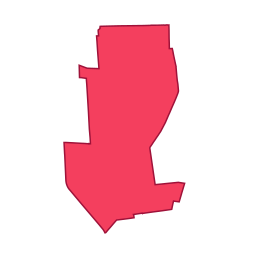 outline of Tudor Vladimirescu, Braila, Romania, rotated 96°
{"feature_id": "2599482B82586495154096", "entity_name": "Tudor Vladimirescu", "entity_type": "district", "adm_level": 2, "iso_a3": "ROU", "parent_name": "Romania", "parent_adm1": "Braila", "projection": "orthographic", "projection_center": [27.76, 45.232], "detail": "fine", "context": "isolated", "style": "filled", "palette": "rose", "viewbox_px": 256, "rotation_deg": 96, "n_neighbors": 0, "source": "geoboundaries", "source_scale": "gbopen_adm2", "svg_char_len": 1960}
<svg xmlns="http://www.w3.org/2000/svg" viewBox="0 0 256 256"><g transform="rotate(96 128 128)"><path d="M32.1,166.4L32.6,166.8L33.7,167.9L34.6,167.8L35.3,167.7L39.4,166.9L39.7,168.9L45.1,167.9L53.9,166.4L72.0,163.1L72.6,171.2L72.8,175.0L70.7,183.1L82.9,181.5L82.8,179.6L83.0,174.6L84.6,174.4L89.3,173.5L98.2,172.0L116.2,169.0L133.2,166.3L142.0,164.6L147.6,163.7L147.6,164.1L147.5,164.4L147.6,165.4L147.9,165.4L147.8,165.6L147.9,167.9L147.9,169.0L148.0,170.7L148.1,172.4L148.5,180.6L148.9,188.4L149.1,190.1L156.7,188.9L159.9,188.4L162.0,188.0L171.2,186.6L187.1,184.2L188.7,183.8L189.9,183.4L191.0,182.9L192.5,182.1L193.7,181.3L194.8,180.4L196.1,179.0L207.7,167.0L226.6,147.2L231.3,142.4L232.2,141.6L232.9,141.1L234.7,139.9L234.4,139.2L233.7,138.7L232.0,137.6L228.6,135.2L225.1,132.8L220.8,129.8L220.7,129.7L219.1,122.7L217.9,117.6L216.6,112.6L215.0,113.0L214.4,113.1L213.5,113.3L213.4,113.4L211.6,106.5L211.2,105.0L211.6,104.7L211.3,104.2L209.0,95.0L206.8,85.7L204.7,77.4L204.3,76.0L202.1,75.8L200.1,75.6L196.6,75.2L195.9,75.1L195.9,74.8L196.0,73.3L196.1,69.4L187.9,67.9L187.7,67.9L177.1,65.9L177.0,68.3L176.8,72.3L179.5,85.4L179.8,86.7L181.5,95.1L167.4,98.7L145.8,104.2L145.0,104.2L141.5,102.3L139.1,101.1L138.6,100.8L136.8,99.8L134.8,98.8L134.7,98.7L134.1,98.4L133.0,97.8L132.5,97.5L129.4,95.9L128.5,95.4L127.9,95.1L118.6,91.4L110.2,88.8L110.3,88.8L108.2,88.1L105.3,87.2L102.4,86.3L96.8,84.5L92.5,83.2L90.3,82.6L89.2,82.3L88.1,82.0L86.3,81.7L85.8,81.7L79.1,83.0L75.5,84.0L70.7,85.0L62.4,86.6L61.9,86.6L60.2,87.2L56.9,88.3L53.8,89.3L50.7,90.3L47.0,91.4L44.9,92.1L44.3,92.3L44.5,93.7L44.7,95.2L39.6,95.8L34.6,96.5L26.7,97.4L21.5,98.1L21.3,98.1L21.4,99.5L21.5,100.9L21.6,101.2L21.8,101.5L22.0,102.0L21.9,102.3L21.8,102.7L21.8,103.0L22.0,104.2L22.7,109.5L23.4,115.9L23.6,116.5L24.5,123.2L26.9,143.5L26.9,143.8L27.2,146.1L27.5,148.6L28.8,158.7L29.8,166.3L30.5,166.4L31.6,166.3L32.0,166.3L32.1,166.4Z" fill="#f43f5e" stroke="#9f1239" stroke-width="1.5"/></g></svg>